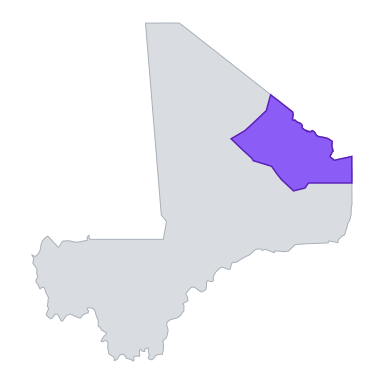 Kidal highlighted on a map of Mali
{"feature_id": "MLI-2689", "entity_name": "Kidal", "entity_type": "Region", "adm_level": 1, "iso_a3": "MLI", "parent_name": "Mali", "parent_adm1": "", "projection": "natural_earth1", "projection_center": [2.188, 19.739], "detail": "fine", "context": "in_parent", "style": "filled", "palette": "violet", "viewbox_px": 384, "rotation_deg": 0, "n_neighbors": 0, "source": "natural_earth", "source_scale": "10m", "svg_char_len": 5591}
<svg xmlns="http://www.w3.org/2000/svg" viewBox="0 0 384 384"><path d="M48.4,309.6L48.6,307.9L47.3,306.7L47.3,306.2L48.1,301.2L48.0,299.9L48.6,297.4L47.7,296.3L47.6,295.5L45.6,292.2L45.0,289.5L44.0,287.7L41.6,287.1L40.7,288.7L40.1,288.9L39.2,287.8L38.9,286.9L38.9,286.0L35.9,281.7L36.1,279.4L37.3,278.2L37.8,276.2L36.7,274.0L36.9,271.8L36.8,268.7L35.0,266.0L33.8,264.8L32.8,263.0L33.7,258.7L32.0,255.0L35.3,256.5L37.0,255.1L38.6,253.2L39.9,250.8L40.6,247.7L40.9,245.1L42.3,241.0L44.0,239.0L47.4,236.2L48.3,236.5L53.7,242.5L56.8,245.6L57.9,247.2L58.9,247.2L60.5,244.3L62.2,241.7L62.9,241.1L68.4,240.7L71.3,241.2L73.9,241.9L77.5,242.2L87.1,240.3L87.3,239.0L87.1,237.6L87.6,236.5L88.4,235.5L89.0,235.3L89.3,238.7L90.1,239.2L92.4,239.4L163.3,239.4L166.5,221.5L161.3,215.0L145.5,23.1L179.2,23.0L185.0,27.4L292.5,111.8L293.0,114.5L292.9,118.3L293.7,119.4L295.3,120.7L301.4,124.3L301.9,125.0L302.1,126.5L302.8,128.3L304.1,129.4L305.7,130.2L307.5,130.7L313.1,131.3L314.3,132.1L316.7,135.5L318.0,136.1L325.5,137.9L328.0,138.8L330.6,140.3L332.0,141.7L332.0,146.9L333.0,150.3L333.0,151.2L331.8,152.6L331.5,153.6L330.2,156.3L330.4,157.3L333.1,159.4L334.4,159.9L335.9,159.9L351.8,156.4L352.0,205.3L351.4,206.0L351.1,214.7L349.9,219.8L347.8,223.6L346.5,229.2L345.8,230.3L345.2,233.5L344.0,235.3L342.0,236.1L338.3,239.7L338.0,242.6L329.4,241.0L328.8,241.0L328.4,241.4L328.2,242.9L306.1,243.8L295.3,244.5L288.4,251.1L284.0,251.7L278.5,251.1L275.6,251.1L274.5,251.5L274.3,252.7L265.5,249.3L262.2,250.4L261.7,250.0L261.3,249.3L259.7,248.9L257.2,249.1L255.3,249.6L249.7,254.8L246.7,256.1L241.1,259.2L237.2,261.8L235.8,262.3L233.6,262.4L231.8,263.0L230.1,269.0L229.0,269.6L222.4,267.2L221.0,267.5L219.8,268.2L216.1,271.7L214.2,274.5L213.2,278.2L213.4,280.7L212.7,281.4L211.0,281.6L207.9,280.8L206.9,281.2L206.5,283.0L206.5,287.0L205.8,289.7L204.0,290.6L202.6,291.6L201.4,292.0L200.5,291.7L195.1,287.6L193.3,287.0L191.3,287.4L189.3,289.2L185.9,293.4L186.2,294.9L187.2,296.7L187.8,298.8L187.8,300.8L182.8,303.6L184.0,305.6L183.8,311.1L181.5,313.7L180.7,315.3L178.5,317.1L176.6,318.1L170.6,319.6L168.1,321.3L167.0,322.7L166.7,324.3L166.9,326.0L168.1,329.7L167.7,333.0L166.7,336.8L165.7,338.6L162.9,340.6L163.3,343.1L163.5,346.7L163.1,351.4L162.2,354.5L161.5,354.2L158.9,354.4L155.9,355.4L154.9,356.2L154.7,357.2L152.2,359.8L150.6,359.6L149.0,358.9L148.2,358.3L148.2,357.9L149.1,355.8L149.2,355.1L148.3,351.5L148.4,350.7L148.1,347.9L147.9,347.8L144.6,349.0L144.5,349.5L145.0,351.2L144.7,351.5L143.5,351.5L141.9,350.9L140.2,349.3L139.8,349.8L139.6,351.1L139.4,352.6L139.9,355.3L139.4,356.3L136.6,356.1L134.4,356.4L133.8,357.4L133.5,358.5L134.1,359.7L134.0,360.2L133.0,361.0L132.6,360.9L131.3,359.6L126.3,358.3L125.9,356.5L125.3,356.5L123.7,354.2L123.0,354.3L122.5,354.7L120.5,354.5L118.8,356.4L117.5,358.8L116.1,360.0L114.1,360.5L114.4,359.0L113.8,356.9L109.4,354.3L108.7,353.2L107.7,347.2L107.7,345.4L108.0,343.9L107.9,342.7L107.5,341.7L106.2,340.8L104.8,340.4L103.1,341.6L102.2,341.8L101.4,341.7L101.1,341.3L101.1,340.7L103.0,337.5L104.0,336.2L105.8,334.6L106.3,333.8L106.4,333.2L106.2,332.7L105.0,332.2L103.1,330.7L102.0,330.5L101.2,329.8L100.3,327.5L99.9,327.0L99.0,326.8L98.2,326.2L98.3,320.6L96.5,316.4L94.9,311.0L94.1,309.7L92.6,308.6L90.7,307.9L89.1,307.7L87.2,308.3L87.2,308.8L88.3,310.5L88.4,311.5L88.2,312.4L87.9,313.0L85.4,313.6L82.0,315.6L80.9,317.9L80.1,318.1L78.8,317.9L70.0,314.0L66.3,315.7L63.9,319.0L63.3,320.1L62.1,321.1L61.5,321.1L60.9,320.5L58.3,315.4L57.2,314.2L55.8,314.1L54.6,314.9L53.4,316.7L51.8,318.3L50.8,318.7L49.9,318.5L46.3,315.0L46.2,314.3L47.9,310.2L48.4,309.6Z" fill="#d9dde1" stroke="#a8b0b8" stroke-width="1"/><path d="M270.7,94.8L272.0,95.9L273.7,97.2L275.4,98.5L277.0,99.7L278.7,101.0L280.3,102.3L282.0,103.6L283.6,104.9L285.3,106.2L287.0,107.5L288.6,108.8L290.3,110.1L292.5,111.8L292.8,112.3L293.1,113.7L293.2,114.2L292.9,116.7L292.5,118.8L292.5,119.2L292.5,119.8L292.7,120.1L292.9,120.2L293.4,120.3L293.8,120.3L294.5,120.1L294.9,120.1L295.4,120.2L295.6,120.5L296.1,121.2L296.3,121.7L296.7,121.9L297.5,122.2L298.3,122.4L298.6,122.5L299.0,122.7L299.7,122.9L300.4,123.3L301.7,124.4L302.0,125.0L302.2,125.8L302.1,127.5L302.3,127.9L304.6,130.0L305.0,130.2L305.4,130.2L305.8,130.2L306.1,130.2L306.4,130.5L306.6,130.9L306.6,131.4L306.8,131.6L307.2,131.7L307.4,131.5L307.8,131.2L308.0,131.1L308.4,131.3L308.6,131.4L308.8,131.5L310.0,132.0L310.8,131.8L311.5,131.0L312.0,130.7L312.4,130.6L312.7,130.7L313.1,130.9L314.3,131.9L315.0,132.8L315.6,133.8L316.4,135.4L316.6,135.6L316.9,135.7L317.3,135.9L317.7,136.0L318.4,136.5L318.8,136.6L319.0,136.6L320.7,137.0L321.8,137.0L327.1,138.2L329.5,139.4L330.6,140.4L330.9,140.6L331.6,140.8L331.9,141.0L332.2,141.3L332.3,141.6L331.9,146.2L332.0,147.1L332.2,147.9L332.3,148.0L332.5,148.2L332.6,148.4L332.6,148.5L332.5,149.0L332.6,149.6L332.9,150.0L333.1,150.3L333.1,150.8L333.0,151.4L332.6,151.7L332.2,151.9L331.8,152.3L331.7,152.7L331.6,153.6L331.5,154.0L331.1,154.4L330.8,154.6L330.7,154.8L330.6,155.3L330.3,155.8L330.1,156.2L330.1,156.6L330.5,157.1L330.8,157.5L331.2,157.8L331.6,158.1L332.5,158.5L333.6,159.8L334.1,160.1L334.3,160.2L334.5,160.2L335.0,160.2L336.6,159.8L338.6,159.3L341.9,158.6L343.3,158.3L345.2,157.9L348.5,157.2L351.8,156.4L351.8,159.3L351.8,162.1L351.8,164.9L351.8,167.7L351.8,167.8L351.9,170.5L351.9,173.3L351.9,176.1L351.9,179.0L351.9,181.8L351.9,183.0L341.4,183.0L326.7,183.0L308.4,183.0L305.0,188.0L293.5,190.9L281.3,179.4L277.3,174.4L271.6,166.3L253.3,160.7L251.8,158.2L243.1,150.3L231.1,138.8L245.1,130.5L253.9,122.4L266.3,110.6L270.6,95.0L270.7,94.8L270.7,94.8Z" fill="#8b5cf6" stroke="#5b21b6" stroke-width="1.5"/></svg>